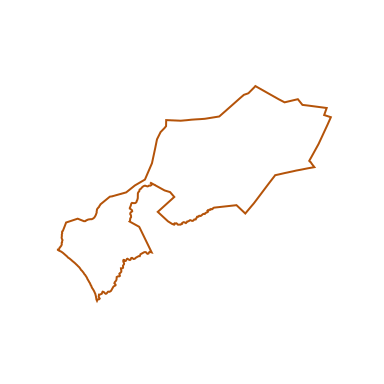 Magdalena Jaltepec, Oaxaca, Mexico (Albers equal-area conic projection), rotated 32°
{"feature_id": "50627088B54768587379535", "entity_name": "Magdalena Jaltepec", "entity_type": "district", "adm_level": 2, "iso_a3": "MEX", "parent_name": "Mexico", "parent_adm1": "Oaxaca", "projection": "albers", "projection_center": [-97.263, 17.244], "detail": "fine", "context": "isolated", "style": "outline", "palette": "amber", "viewbox_px": 384, "rotation_deg": 32, "n_neighbors": 0, "source": "geoboundaries", "source_scale": "gbopen_adm2", "svg_char_len": 5568}
<svg xmlns="http://www.w3.org/2000/svg" viewBox="0 0 384 384"><g transform="rotate(32 192 192)"><path d="M132.0,144.7L135.1,149.9L134.8,152.3L133.6,157.8L134.4,165.9L137.6,174.4L142.8,188.8L145.5,206.4L140.1,216.7L136.4,227.2L126.8,237.7L126.8,237.8L124.8,239.5L120.9,251.0L121.0,251.7L120.9,252.8L120.9,253.2L121.1,253.8L121.0,254.2L120.8,254.7L120.8,255.3L120.6,256.2L120.7,257.3L121.1,258.0L121.4,259.0L121.9,259.6L122.2,260.6L122.6,262.6L122.7,263.5L122.7,264.4L122.7,265.4L122.5,266.0L122.2,266.9L121.4,268.2L120.4,268.8L119.3,269.7L118.5,270.4L118.1,271.1L117.6,271.7L117.2,272.4L117.1,273.1L115.9,274.0L109.2,275.2L101.4,284.6L102.1,288.0L103.1,293.4L102.8,294.2L103.0,294.6L103.2,295.1L103.4,295.4L103.7,295.6L104.2,297.2L104.6,297.8L104.9,298.1L105.4,299.3L105.5,299.6L106.1,300.3L106.5,300.7L106.9,300.9L107.3,301.1L107.7,301.4L107.8,302.0L107.9,302.5L108.1,302.9L108.4,303.3L108.5,303.6L108.4,304.1L108.5,304.3L108.8,304.8L109.3,305.4L109.5,306.2L109.6,306.9L109.5,307.5L109.4,307.9L109.5,308.5L109.2,309.3L109.4,310.1L109.6,310.6L109.4,311.0L109.2,311.4L109.0,311.7L108.3,312.3L108.2,312.4L109.1,312.1L110.0,312.2L111.0,312.1L112.3,311.9L113.4,311.9L114.8,312.0L116.1,312.2L117.3,312.4L120.4,312.9L121.6,313.3L123.3,313.3L124.6,313.5L125.6,313.6L127.1,313.9L127.9,314.0L128.9,314.1L130.0,314.3L130.8,314.4L132.0,314.7L133.2,314.9L134.3,315.2L135.2,315.4L135.9,315.5L137.6,316.1L139.2,316.9L140.4,317.1L141.2,317.4L142.7,317.9L144.5,318.8L145.3,318.9L146.2,319.4L147.2,319.8L148.3,320.4L148.7,320.6L149.4,321.2L150.2,321.5L150.6,321.8L151.2,322.1L152.0,322.5L152.6,322.9L153.6,323.3L154.2,323.7L155.2,324.5L156.0,324.8L156.6,325.2L157.0,325.6L158.5,326.5L159.3,326.8L159.7,327.0L161.2,327.8L162.0,328.3L162.7,328.8L163.3,329.2L164.0,329.6L164.4,330.1L165.4,331.0L165.9,331.5L166.5,332.2L166.9,332.6L167.0,332.7L167.9,333.8L169.1,334.6L168.9,333.2L170.1,332.1L170.2,331.3L168.4,330.3L167.5,328.3L168.2,327.9L169.4,326.1L169.0,324.2L169.1,323.8L170.4,323.6L171.6,324.0L172.8,324.0L173.3,323.4L173.6,321.1L174.2,320.6L175.0,320.3L175.7,318.8L175.5,313.8L176.6,311.7L176.2,311.0L175.1,310.7L174.5,310.5L174.3,309.3L174.6,307.3L174.5,306.9L174.4,306.3L173.2,304.0L174.0,302.7L175.0,302.1L175.3,301.3L173.7,299.8L173.8,299.2L174.1,298.5L174.3,297.2L173.9,296.3L172.7,295.1L172.2,294.4L173.0,293.9L173.6,293.3L173.6,292.6L172.5,291.0L172.6,289.3L172.2,288.5L170.6,287.4L169.9,286.3L170.0,285.8L170.5,285.6L171.6,286.1L172.3,285.6L172.3,283.2L172.6,282.8L174.7,282.8L175.4,282.6L175.7,282.0L175.5,280.1L176.2,279.6L177.9,279.8L178.8,279.0L179.3,277.3L180.8,274.6L181.7,274.1L181.3,272.1L183.3,268.5L184.0,267.8L185.0,267.5L186.4,268.0L187.2,267.9L187.7,267.2L187.6,266.0L187.8,265.2L189.1,264.8L189.8,264.6L166.5,250.0L165.6,249.5L154.7,250.1L154.8,249.7L154.6,249.2L154.4,248.8L154.2,248.2L153.8,247.6L153.6,246.8L153.7,245.7L153.4,245.2L153.0,244.6L152.3,243.9L151.6,243.7L151.2,243.3L150.9,242.6L150.9,242.1L150.9,241.6L151.1,241.2L151.3,240.8L151.5,240.0L150.9,239.4L150.2,239.1L149.6,239.1L148.9,239.0L148.6,239.0L148.0,239.0L147.6,238.2L147.6,237.6L147.5,237.1L147.3,236.0L147.1,235.2L146.8,234.6L146.7,233.7L146.9,233.0L147.7,232.7L148.5,232.3L149.1,231.9L149.7,231.5L150.1,230.6L150.2,229.6L149.9,229.0L149.8,228.3L149.8,227.5L149.5,226.8L149.3,226.0L146.8,221.8L146.6,220.7L146.9,219.4L146.5,218.4L146.3,217.7L147.0,216.1L147.1,214.8L147.3,214.0L147.7,213.0L148.1,212.3L148.8,211.5L149.7,211.3L150.7,211.0L151.2,210.9L151.8,210.3L152.0,209.5L152.4,209.1L152.9,209.0L153.3,208.7L153.7,208.0L153.9,207.7L153.9,207.1L153.9,206.8L154.0,206.5L154.3,206.2L153.8,206.3L153.2,206.5L151.5,206.1L167.9,205.2L173.5,203.7L179.6,205.6L173.5,227.0L187.2,229.6L192.4,229.6L192.8,229.4L194.2,229.2L194.3,229.0L194.3,228.8L194.1,228.5L193.7,228.2L193.8,227.8L194.2,227.6L194.7,227.5L195.3,226.8L195.9,226.8L196.5,226.9L196.8,227.1L197.1,227.2L197.6,227.0L198.1,226.7L198.6,226.3L199.4,225.9L199.6,225.4L199.9,225.2L200.4,224.4L200.0,224.1L200.0,223.9L200.7,222.2L201.1,221.9L201.9,221.8L202.1,221.6L203.3,221.6L203.4,221.4L203.4,221.1L203.5,220.4L203.7,220.0L203.6,219.5L204.2,219.1L204.4,218.7L204.7,218.3L204.9,217.9L205.0,217.5L205.1,217.2L205.3,216.9L205.8,216.7L206.4,216.6L206.9,216.6L207.6,216.3L208.0,216.0L208.2,215.5L208.2,215.3L208.4,214.9L208.5,214.3L208.5,214.1L209.3,213.6L209.7,213.3L209.7,213.0L209.5,212.4L209.5,212.0L209.6,211.5L209.7,211.0L209.4,210.4L209.5,210.1L210.0,209.8L210.6,209.5L210.6,208.5L211.2,208.0L212.0,207.8L212.4,207.0L212.9,205.2L213.3,204.5L213.9,204.2L214.5,203.9L214.4,203.2L214.8,202.4L214.9,202.1L215.4,201.6L215.6,201.2L215.9,200.6L216.0,200.3L215.5,200.1L215.0,199.8L215.1,199.3L215.1,199.0L215.4,198.8L215.9,198.5L216.0,198.0L216.8,197.6L217.0,197.3L216.7,196.9L217.1,196.3L217.5,196.2L218.1,196.0L218.4,195.6L218.3,195.4L218.4,194.8L218.7,194.0L219.1,193.5L236.2,180.0L236.3,179.9L236.7,179.6L237.1,179.7L237.8,179.8L242.2,180.7L248.6,182.0L249.2,177.6L250.0,171.9L250.4,169.3L250.5,168.4L250.8,165.1L251.6,155.9L252.3,147.8L252.7,143.3L253.6,134.3L253.6,133.7L256.4,131.0L260.8,126.6L262.9,124.6L264.0,123.5L266.3,121.3L269.0,118.6L272.5,115.4L277.6,110.6L282.6,106.1L279.1,104.8L276.5,103.7L276.1,103.8L275.3,103.7L274.9,103.4L274.7,99.0L273.9,84.3L272.7,74.6L271.3,63.4L270.3,56.2L270.1,55.0L263.3,56.7L261.7,49.4L244.8,57.1L239.5,59.6L232.6,57.2L223.0,66.9L216.3,67.4L189.6,68.6L189.5,69.5L187.9,76.6L187.6,78.0L187.2,78.8L184.5,82.1L183.1,86.6L180.0,97.1L175.1,113.5L166.4,121.1L164.1,123.1L160.7,125.6L156.6,128.5L153.3,130.9L149.6,133.8L144.7,137.5L132.0,144.7Z" fill="none" stroke="#b45309" stroke-width="2"/></g></svg>